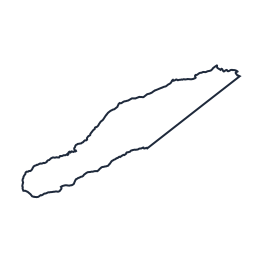 Rio Cuarto, Alajuela, Costa Rica (Equal Earth projection), rotated 52°
{"feature_id": "36466004B916692676755", "entity_name": "Rio Cuarto", "entity_type": "district", "adm_level": 2, "iso_a3": "CRI", "parent_name": "Costa Rica", "parent_adm1": "Alajuela", "projection": "equal_earth", "projection_center": [-84.219, 10.409], "detail": "fine", "context": "isolated", "style": "outline", "palette": "slate", "viewbox_px": 256, "rotation_deg": 52, "n_neighbors": 0, "source": "geoboundaries", "source_scale": "gbopen_adm2", "svg_char_len": 5886}
<svg xmlns="http://www.w3.org/2000/svg" viewBox="0 0 256 256"><g transform="rotate(52 128 128)"><path d="M156.0,8.1L154.2,9.0L153.9,9.4L151.3,9.4L150.8,9.2L150.6,8.8L150.6,8.1L150.7,7.6L151.0,7.1L150.9,6.9L149.6,7.3L148.2,8.2L147.1,9.4L146.9,9.8L146.5,10.0L146.3,10.2L146.2,10.3L145.6,11.2L145.4,12.4L145.3,13.2L144.9,14.2L144.4,14.5L143.7,14.4L143.3,14.4L143.0,14.5L142.7,15.2L142.6,15.9L142.6,17.3L142.3,17.8L141.0,17.9L140.2,17.6L139.4,17.6L138.9,17.9L138.9,18.0L138.9,18.8L139.1,19.3L135.9,20.5L135.2,20.5L134.4,20.1L133.6,19.4L133.4,19.5L133.2,21.8L133.2,24.3L133.6,25.4L133.7,27.4L133.1,28.8L132.4,30.1L132.1,30.9L132.1,31.4L131.7,32.5L131.2,33.1L130.4,33.9L130.4,34.0L130.0,34.6L129.8,35.4L129.8,35.9L129.0,37.1L128.7,38.0L128.6,40.8L128.5,41.0L128.3,41.5L127.9,41.9L127.9,42.5L128.2,43.1L128.9,43.5L129.7,43.5L130.0,43.7L130.0,44.8L129.5,46.1L129.5,46.4L128.6,48.1L127.5,49.4L127.1,49.8L126.1,50.9L126.1,51.1L125.2,52.6L124.9,53.2L124.3,53.6L123.7,54.3L123.4,55.4L122.7,56.0L122.5,56.6L121.7,57.8L121.4,58.4L121.3,58.8L121.1,59.2L120.7,59.6L120.4,59.6L119.8,59.8L119.4,60.3L119.2,61.9L118.7,63.1L118.0,62.9L117.7,62.9L117.7,63.6L117.8,64.1L118.6,65.9L118.8,66.9L118.8,68.0L118.5,69.4L118.5,72.4L118.2,73.2L117.7,74.2L117.5,74.9L115.1,83.4L115.0,83.5L115.0,83.8L114.9,84.0L114.9,84.9L114.8,85.4L114.8,87.4L114.6,88.1L114.6,88.4L114.5,88.5L114.5,88.8L114.4,88.9L114.1,90.1L113.7,90.9L113.6,91.0L113.3,92.0L113.2,92.1L113.2,96.6L113.0,97.2L112.6,97.6L112.0,98.1L111.5,98.9L111.2,99.1L110.9,99.5L110.7,99.6L110.5,99.9L110.3,100.3L110.3,100.6L110.2,100.7L110.1,101.0L110.0,101.5L109.8,102.2L109.5,102.9L109.4,103.7L109.2,104.1L108.9,104.3L108.8,104.6L108.3,105.1L108.0,105.6L107.6,105.9L107.0,106.9L107.0,107.5L106.9,107.7L106.9,108.0L106.8,108.7L106.6,110.0L106.5,110.8L106.3,111.3L105.9,112.1L105.5,113.2L104.9,114.2L104.5,115.4L104.4,117.1L104.3,117.9L104.1,118.5L103.7,118.8L103.2,119.1L103.2,119.9L103.3,120.6L103.6,121.0L104.1,122.2L104.8,123.3L104.8,127.2L104.1,128.9L104.0,130.0L103.9,130.3L103.8,130.8L103.7,131.0L103.7,134.4L103.9,134.9L103.9,135.4L104.2,136.2L104.2,136.8L104.5,137.2L104.5,137.8L106.1,142.5L106.1,142.8L106.2,143.2L106.2,145.6L107.2,148.9L107.6,149.5L107.9,150.8L107.9,152.3L107.4,153.1L107.4,153.8L107.9,154.5L108.3,154.9L108.3,156.8L108.4,157.3L108.8,158.6L108.8,158.9L109.1,160.0L109.4,161.1L109.6,161.3L109.9,161.8L110.2,162.0L110.3,162.2L110.3,163.1L110.1,163.8L110.1,164.7L110.4,165.7L110.7,166.6L110.9,166.8L111.6,167.1L111.9,167.3L112.0,167.4L112.0,168.3L111.9,168.8L111.5,169.1L111.2,169.6L111.2,170.5L111.5,171.9L111.5,172.4L111.3,172.8L111.3,174.3L109.8,177.1L109.6,177.4L109.6,178.3L109.4,179.0L109.4,179.7L109.6,180.4L110.0,180.9L110.5,181.7L110.8,182.8L111.4,183.3L112.3,183.5L113.1,183.5L113.4,183.3L113.6,183.0L114.2,183.1L114.2,183.3L114.1,183.9L113.5,184.6L113.2,185.8L112.8,185.9L112.5,186.2L112.3,186.6L112.0,186.7L111.7,186.9L111.7,187.6L111.9,188.1L111.8,188.7L111.4,188.7L111.0,188.4L110.9,188.4L110.6,188.7L110.6,189.6L110.9,190.4L111.1,190.8L111.8,191.0L112.0,191.2L112.1,191.6L112.1,192.1L111.6,192.2L111.3,192.1L111.1,192.1L111.1,193.3L110.8,194.3L110.2,195.0L109.8,195.6L109.7,196.2L109.4,197.4L108.3,198.7L108.3,199.2L108.8,200.1L108.8,200.5L107.5,202.0L107.0,202.4L106.6,203.5L106.1,204.2L105.2,205.0L104.8,205.7L104.7,206.5L104.5,207.2L104.7,209.9L104.2,211.0L104.2,211.9L104.7,213.0L104.7,213.3L104.4,214.9L104.1,215.6L103.6,215.9L103.1,217.5L102.5,218.6L101.9,219.0L101.6,220.3L101.6,220.7L101.2,222.3L100.9,222.5L100.8,223.4L100.6,224.1L100.4,224.4L100.2,225.6L100.2,226.2L100.5,226.6L101.0,228.1L101.5,229.0L101.8,230.3L101.8,230.9L101.7,231.6L101.0,232.3L100.8,233.8L100.0,234.8L100.0,235.8L100.3,236.5L101.0,237.1L101.1,237.5L101.5,238.9L102.0,240.2L102.2,240.5L103.0,241.3L103.5,242.5L104.4,243.4L106.5,244.3L107.3,245.5L107.7,245.9L108.4,246.8L109.0,247.2L109.8,247.3L110.2,247.8L110.9,248.4L113.0,249.1L113.6,248.5L114.0,247.8L114.7,247.3L115.3,247.1L116.5,246.4L120.2,245.6L122.8,245.6L123.2,245.3L123.4,245.2L124.2,244.5L124.3,244.5L124.4,244.3L124.5,244.3L125.1,243.8L125.6,243.1L126.2,242.6L127.0,241.1L127.1,240.1L127.1,238.6L127.2,238.1L127.6,237.9L127.8,237.6L128.0,236.8L128.1,236.3L128.1,234.7L128.3,234.1L128.9,233.2L129.2,232.3L129.4,231.1L129.5,230.8L129.9,230.0L130.4,229.5L130.6,228.9L131.7,227.3L132.3,226.0L132.6,225.8L133.6,223.9L133.9,223.5L134.7,222.8L135.2,222.2L135.5,221.3L135.6,220.6L135.2,219.1L134.9,218.0L134.3,217.3L133.9,217.1L133.1,217.1L133.1,216.5L133.4,215.2L134.4,212.9L134.8,212.3L135.5,211.5L135.7,211.3L136.3,210.8L136.5,210.6L137.4,209.6L137.7,208.7L138.1,208.2L138.3,207.8L138.3,207.6L138.5,207.4L138.6,206.9L138.7,205.7L138.6,204.8L138.0,204.0L136.6,201.3L136.6,200.9L136.4,200.6L136.4,200.2L136.7,199.2L136.7,198.0L137.1,197.1L137.4,195.6L137.5,195.0L138.0,194.1L138.1,193.7L138.1,192.6L137.7,191.5L137.8,188.2L138.1,186.8L139.5,184.7L139.8,183.8L140.8,182.5L141.0,181.9L141.6,180.6L141.9,180.3L142.4,179.5L143.0,179.0L143.1,178.9L143.1,178.5L143.2,177.9L143.1,177.7L143.1,176.8L142.8,175.6L142.8,174.2L142.7,173.7L142.7,173.0L143.1,171.9L143.7,171.0L143.9,170.4L144.1,169.9L144.7,169.0L145.5,166.7L145.2,165.8L145.0,165.1L145.0,164.1L144.5,163.0L144.3,162.0L144.1,161.7L144.1,160.4L144.3,159.6L144.3,158.8L144.8,157.1L144.8,156.4L144.7,155.7L145.2,154.9L145.3,154.5L145.3,154.3L145.2,154.0L145.2,153.3L145.3,152.5L145.5,152.3L146.0,152.1L146.0,151.3L146.1,151.1L146.1,149.6L146.3,149.2L146.3,148.3L146.5,147.9L147.1,147.5L147.1,145.2L146.6,144.7L146.5,144.4L146.5,143.9L147.2,142.8L147.9,141.0L147.7,140.0L147.7,139.2L148.1,138.7L148.3,137.8L148.8,136.9L149.2,136.1L149.4,135.8L149.9,135.4L150.2,134.8L150.8,133.8L151.1,133.0L151.1,132.5L151.2,131.8L151.5,131.3L151.8,130.9L152.3,130.1L152.7,128.2L152.9,127.9L153.6,128.1L154.1,127.9L154.5,127.2L154.9,125.9L155.1,125.5L155.3,125.2L155.9,125.3L155.9,54.5L156.0,8.1Z" fill="none" stroke="#1e293b" stroke-width="2"/></g></svg>